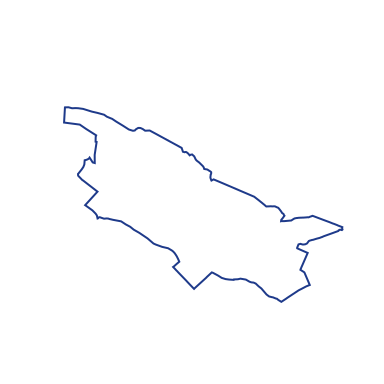 the district of Movileni, Galati, Romania, rotated 138°
{"feature_id": "2599482B38309693549911", "entity_name": "Movileni", "entity_type": "district", "adm_level": 2, "iso_a3": "ROU", "parent_name": "Romania", "parent_adm1": "Galati", "projection": "orthographic", "projection_center": [27.365, 45.757], "detail": "fine", "context": "isolated", "style": "outline", "palette": "blue", "viewbox_px": 384, "rotation_deg": 138, "n_neighbors": 0, "source": "geoboundaries", "source_scale": "gbopen_adm2", "svg_char_len": 3805}
<svg xmlns="http://www.w3.org/2000/svg" viewBox="0 0 384 384"><g transform="rotate(138 192 192)"><path d="M202.4,299.8L203.3,301.6L204.9,305.0L205.6,308.2L209.3,314.0L212.6,318.7L217.3,326.6L220.5,330.4L222.2,332.1L225.1,334.5L226.9,337.3L227.2,337.7L228.5,338.8L229.5,339.7L229.8,339.9L240.6,329.2L230.3,317.2L228.5,309.7L225.4,298.6L225.3,298.2L226.6,297.5L230.0,293.9L229.4,293.0L239.5,284.7L244.9,278.6L246.0,280.4L245.1,286.1L246.3,285.8L247.1,286.0L247.7,286.1L249.0,286.6L250.5,287.4L253.6,284.5L256.0,283.3L258.8,282.6L264.2,281.7L264.6,281.7L265.4,280.8L265.7,280.1L265.5,274.1L265.3,273.8L262.0,255.5L280.2,253.7L278.3,245.0L278.1,240.4L278.4,238.2L279.9,235.5L279.4,235.3L278.9,235.4L278.5,235.5L277.8,235.3L277.3,234.8L276.4,233.1L275.2,231.0L273.3,229.6L272.1,228.4L271.3,227.0L270.8,226.3L270.7,226.2L269.4,224.3L264.3,217.6L262.9,212.2L261.2,207.5L260.5,203.0L258.5,196.9L256.1,187.3L255.1,179.5L254.1,177.2L250.9,171.2L247.4,166.2L246.3,162.7L246.0,161.6L245.9,161.1L245.8,159.7L245.8,158.0L246.0,156.7L246.2,155.2L246.6,153.5L247.0,152.1L247.1,151.7L247.6,150.2L248.1,148.7L251.4,148.8L253.7,148.8L255.2,148.8L256.2,148.9L256.2,148.5L256.1,146.7L256.1,145.0L256.1,144.1L256.0,143.2L256.0,141.4L255.6,130.0L255.6,128.7L255.5,124.5L255.3,118.6L255.1,118.6L254.9,118.7L238.5,118.8L238.1,118.9L231.1,119.0L230.5,117.9L228.6,112.6L227.8,109.8L227.4,108.3L225.3,104.8L223.1,102.2L219.8,98.8L219.4,99.0L216.2,96.4L214.0,95.2L210.6,90.9L209.3,86.9L208.4,85.2L206.8,83.4L205.9,81.3L205.6,77.3L205.0,73.9L205.2,66.0L204.6,62.8L203.0,60.4L202.3,59.5L201.0,56.8L200.3,55.8L200.1,54.1L199.1,50.6L193.2,49.7L192.1,49.6L178.8,47.6L178.3,47.5L176.4,47.0L176.1,46.9L170.2,45.4L166.7,44.1L163.7,52.9L162.5,56.4L162.3,57.1L162.5,58.0L163.5,61.6L163.1,61.8L162.9,62.0L161.9,62.4L161.6,62.6L159.8,63.4L158.9,63.8L155.4,65.4L146.8,69.3L150.1,76.6L151.5,79.8L151.2,80.2L147.9,81.8L146.7,81.2L146.1,80.9L145.7,80.2L145.2,79.4L144.7,78.7L143.9,78.1L142.7,77.3L140.9,76.8L138.0,77.4L136.6,76.9L136.1,76.6L134.8,76.0L134.1,75.5L131.7,74.4L130.6,73.9L127.7,72.4L126.0,71.8L125.8,71.6L123.8,71.0L116.5,68.0L109.3,65.1L108.7,65.4L107.3,65.0L107.1,64.9L106.1,63.4L105.3,63.4L104.5,64.9L104.2,65.0L103.8,65.3L106.0,69.5L106.1,69.9L107.9,73.5L108.4,74.3L110.0,77.6L113.1,83.5L117.9,92.8L118.3,93.5L118.7,93.7L118.7,93.8L119.0,93.9L120.1,94.3L120.4,94.5L121.9,95.0L122.2,95.1L122.5,95.3L122.9,95.8L124.0,96.6L124.9,97.3L126.3,98.4L128.3,100.1L130.3,101.7L131.1,102.2L131.3,102.4L131.6,102.6L131.9,102.8L132.4,103.1L132.6,103.2L133.4,103.7L133.6,103.7L134.1,103.9L134.7,104.0L137.3,104.4L142.9,108.6L145.1,110.6L145.3,110.7L144.6,111.3L144.2,111.6L142.5,111.8L139.2,112.5L139.2,113.0L138.7,114.5L139.1,116.2L138.9,117.1L138.7,118.5L138.6,120.0L138.5,121.2L138.5,122.4L138.5,122.6L139.1,123.8L139.9,125.7L140.1,126.0L142.2,127.8L142.8,128.5L146.3,131.4L146.4,131.5L146.5,131.6L146.6,132.2L146.6,132.3L146.8,134.2L147.0,135.3L147.4,138.1L147.5,138.5L147.9,141.1L148.3,143.3L148.8,146.1L148.9,146.8L149.1,147.2L149.6,148.3L151.4,152.2L155.3,160.6L160.7,172.3L163.2,177.7L167.5,186.9L169.9,187.5L169.8,187.9L169.3,189.1L168.8,190.2L168.3,190.8L166.9,192.0L166.7,192.3L165.7,192.7L165.3,193.0L164.9,193.4L164.5,193.9L164.5,194.4L164.6,195.0L165.1,196.7L165.5,198.3L165.9,198.9L167.1,200.4L167.5,201.0L167.2,201.6L166.8,202.5L166.6,203.9L166.8,207.0L166.9,208.7L167.0,209.6L167.1,210.2L167.3,210.9L167.5,212.3L167.5,213.6L166.5,217.0L166.8,219.8L168.1,220.6L169.2,220.8L169.1,223.0L169.3,224.6L169.7,225.8L170.3,226.2L170.9,226.5L171.8,228.0L171.0,229.8L170.2,231.7L180.0,259.6L182.3,266.0L185.8,268.9L186.5,271.8L187.5,274.1L189.1,275.6L191.5,276.1L193.4,276.0L194.9,277.0L196.0,278.8L197.1,280.7L197.7,282.9L198.9,287.3L200.3,292.0L201.2,295.0L201.8,297.4L202.4,299.8Z" fill="none" stroke="#1e3a8a" stroke-width="2"/></g></svg>